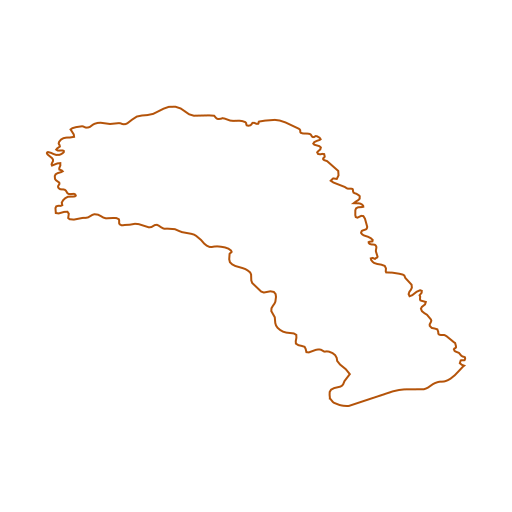 the border of Misiones, rotated 274°
{"feature_id": "ARG-1312", "entity_name": "Misiones", "entity_type": "Province", "adm_level": 1, "iso_a3": "ARG", "parent_name": "Argentina", "parent_adm1": "", "projection": "equal_earth", "projection_center": [-54.653, -26.821], "detail": "fine", "context": "isolated", "style": "outline", "palette": "amber", "viewbox_px": 512, "rotation_deg": 274, "n_neighbors": 0, "source": "natural_earth", "source_scale": "10m", "svg_char_len": 5939}
<svg xmlns="http://www.w3.org/2000/svg" viewBox="0 0 512 512"><g transform="rotate(274 256 256)"><path d="M285.1,66.3L287.0,64.8L286.6,61.5L284.7,56.2L284.9,53.3L289.8,52.6L291.6,53.3L292.3,55.3L292.4,57.7L293.2,59.2L295.7,58.5L298.2,59.7L300.4,61.7L302.0,64.3L302.4,67.8L302.5,69.3L302.8,71.1L303.6,72.0L304.8,71.4L305.3,70.0L304.8,66.5L304.8,64.8L305.5,63.5L307.8,61.9L308.7,60.7L309.0,59.1L308.9,57.5L309.0,55.9L309.9,54.4L311.1,53.7L312.1,53.8L314.2,54.9L315.5,54.6L317.6,51.2L318.9,50.1L321.7,49.7L323.5,50.4L324.8,52.3L326.1,55.8L327.0,57.2L327.8,56.3L328.5,53.8L329.5,53.6L330.3,53.7L332.6,54.5L335.0,54.3L334.5,51.4L332.0,46.2L333.0,45.7L334.2,45.9L336.6,46.9L338.1,46.7L339.4,45.7L342.6,41.2L343.4,40.5L344.1,40.2L344.7,40.4L345.2,41.2L344.6,44.3L343.6,46.9L342.9,49.6L343.2,52.8L343.9,54.3L345.0,55.9L346.2,57.0L347.3,57.0L347.8,55.9L347.7,54.1L347.4,52.3L347.4,50.7L348.2,49.3L349.4,50.1L351.5,52.7L353.0,52.3L353.8,51.6L354.6,51.3L356.3,51.7L358.6,53.4L360.1,55.7L360.9,58.6L361.2,62.0L362.2,66.2L364.6,65.7L369.3,62.2L370.7,63.9L372.0,67.5L373.3,73.5L373.1,74.8L372.6,76.0L372.2,77.5L372.5,79.6L373.2,81.3L375.6,84.1L376.6,85.7L377.7,88.7L378.1,91.7L377.5,101.2L379.0,110.0L378.9,111.7L378.4,113.1L378.2,114.6L378.5,116.7L379.4,118.4L383.4,122.9L386.8,127.4L388.2,132.4L389.0,137.8L390.6,143.5L396.5,153.5L398.7,158.6L399.3,165.2L397.9,170.6L392.7,179.4L391.6,184.2L393.0,199.4L393.0,204.4L393.0,204.5L391.2,206.2L390.3,207.4L390.0,208.5L390.2,210.1L390.6,211.8L391.1,212.8L391.2,212.3L390.9,215.1L389.3,220.8L389.2,223.8L389.8,230.0L389.6,233.0L388.8,236.0L387.9,236.9L386.7,237.1L385.7,237.6L385.4,239.3L386.0,241.3L387.0,242.3L388.0,242.8L388.6,243.3L388.7,245.0L387.9,247.2L388.0,248.9L388.4,249.2L389.8,249.3L390.3,249.6L391.7,255.6L393.1,265.3L392.8,270.2L391.3,276.1L386.0,289.7L385.4,290.7L384.6,291.3L382.6,291.6L382.0,292.1L381.5,294.3L381.7,298.9L381.5,301.1L380.9,302.2L379.1,303.5L378.6,304.4L378.7,305.6L379.8,307.1L379.7,308.5L378.4,311.2L377.0,312.3L376.2,311.4L375.1,308.7L373.7,306.2L372.1,305.3L371.1,306.4L370.0,311.5L368.8,313.1L366.8,312.7L365.2,311.0L363.7,309.8L362.1,310.8L361.9,312.9L362.5,315.1L362.4,316.9L360.0,317.6L359.2,317.3L358.7,316.7L358.1,316.2L357.1,316.3L356.4,317.3L355.6,320.3L346.6,332.1L342.2,332.7L338.5,331.2L338.8,327.6L337.7,326.5L336.3,325.3L334.7,328.1L331.2,339.3L330.7,340.5L330.0,341.5L329.6,342.9L329.8,346.2L329.6,347.6L328.7,348.1L327.3,348.3L326.0,348.9L325.4,350.4L325.1,351.8L324.3,353.3L323.5,354.7L322.9,355.3L320.4,355.4L318.7,353.9L317.2,351.7L315.5,349.8L315.7,355.0L315.5,356.5L314.7,358.2L313.6,359.4L312.6,359.6L312.2,358.2L311.7,354.4L310.5,352.5L308.6,351.9L303.7,352.2L301.8,352.8L301.3,354.5L303.4,358.2L303.3,360.3L300.8,362.1L292.9,364.9L291.8,364.8L290.5,364.2L290.0,363.3L288.8,360.4L288.4,359.8L287.5,359.5L286.8,359.2L286.2,359.3L285.1,360.3L284.2,361.8L283.7,363.5L283.0,366.4L281.7,369.4L280.1,371.3L278.7,371.1L278.1,368.1L277.7,367.4L276.8,367.6L276.0,368.5L275.6,370.3L275.6,372.5L275.5,373.7L275.0,374.5L273.9,375.3L272.8,375.5L270.1,375.2L268.9,375.3L263.8,377.3L263.0,377.0L262.8,376.7L262.1,375.5L261.8,375.3L261.4,374.9L261.6,374.1L262.0,373.2L262.2,372.5L261.6,370.7L260.0,371.2L258.3,372.8L257.3,374.3L256.5,377.5L256.1,381.6L255.1,385.1L252.7,386.5L249.7,386.5L248.7,387.0L248.9,393.1L248.3,400.1L247.7,403.7L246.9,405.3L244.5,406.5L238.2,413.2L235.3,413.7L233.0,412.8L231.0,411.5L228.6,410.9L226.6,412.0L227.8,414.6L231.5,418.7L233.3,422.1L232.8,423.8L230.9,423.8L228.2,421.9L227.0,422.6L224.3,422.6L223.2,423.1L222.9,424.1L222.0,428.6L219.5,428.0L216.8,425.0L214.9,424.2L212.5,425.4L210.7,428.0L209.3,430.7L204.9,434.9L203.7,435.4L202.4,435.1L199.9,434.0L198.4,434.2L196.5,436.3L196.1,439.3L195.5,442.0L193.0,443.1L191.7,443.2L190.8,443.6L190.3,444.4L190.1,445.9L190.3,449.3L190.0,450.2L189.2,451.8L183.8,459.4L183.1,460.7L180.2,461.7L178.9,461.9L178.1,461.4L177.6,460.4L176.8,459.9L175.2,460.7L174.7,461.5L173.5,465.2L172.9,465.8L171.4,467.2L170.7,468.0L170.1,469.3L169.9,470.5L169.5,471.5L168.1,471.8L166.6,471.3L166.4,470.0L166.4,468.5L166.1,467.5L163.3,466.8L161.8,468.9L161.1,471.3L161.0,471.2L160.7,470.7L151.0,462.7L147.2,458.6L145.6,456.2L144.7,454.4L144.0,452.6L143.7,450.9L143.4,447.9L142.8,445.9L141.7,443.4L140.5,441.4L136.7,436.7L135.6,434.7L134.8,432.8L134.2,425.1L133.3,413.3L132.3,408.0L130.5,401.9L112.9,359.1L112.7,357.4L112.7,353.7L112.9,351.6L113.2,349.7L114.9,344.3L115.1,343.8L115.8,342.8L119.0,339.8L119.0,339.6L119.7,339.6L122.6,339.1L125.5,339.0L127.9,340.2L129.7,343.2L131.6,349.3L132.7,350.9L134.1,351.9L137.4,353.0L144.7,357.8L149.3,353.5L153.6,347.4L157.0,344.3L160.0,343.6L162.6,341.9L164.5,339.1L165.7,335.4L165.8,333.1L165.5,331.8L165.4,330.7L167.0,327.4L167.2,325.7L167.0,324.0L166.5,322.1L163.5,315.4L163.6,313.0L166.8,312.0L168.8,310.8L169.5,307.8L170.0,304.5L171.4,301.9L173.8,301.6L177.2,302.0L180.1,301.7L181.4,299.1L181.7,291.6L182.4,288.3L183.9,285.2L185.9,282.5L188.1,280.8L190.5,279.9L196.2,279.0L202.1,275.1L205.0,275.1L207.6,276.4L209.9,277.8L211.8,278.5L216.6,278.8L219.4,278.2L221.4,276.3L221.8,272.8L220.1,266.4L220.9,263.6L228.8,254.1L231.3,253.0L237.2,252.4L239.2,251.3L241.0,248.7L242.2,246.3L243.0,243.5L244.6,236.0L246.0,232.8L248.0,230.4L250.9,229.5L256.3,229.5L257.2,230.2L257.8,231.0L258.4,231.4L259.7,230.7L261.4,228.0L262.4,224.4L262.8,220.4L262.9,216.7L262.5,213.6L261.9,211.3L261.8,209.0L262.9,206.1L264.8,203.4L268.2,200.0L271.9,194.9L273.0,192.7L273.6,190.0L274.7,180.1L275.1,179.2L275.3,178.3L277.1,173.2L277.1,165.8L276.8,162.6L277.0,161.8L277.1,161.4L278.1,159.2L279.5,156.8L280.2,155.0L279.8,152.9L277.6,149.7L277.1,147.2L279.6,136.8L279.7,133.1L278.4,127.9L277.8,122.9L277.4,121.2L277.3,119.6L278.1,117.8L279.1,117.2L282.0,117.0L283.1,116.6L284.1,114.1L284.0,111.1L283.1,103.7L283.7,101.0L285.0,98.4L286.2,95.5L286.4,91.9L285.6,89.9L282.8,85.8L282.2,83.6L281.9,80.4L279.6,71.8L279.7,67.5L280.8,66.0L285.1,66.3Z" fill="none" stroke="#b45309" stroke-width="2"/></g></svg>